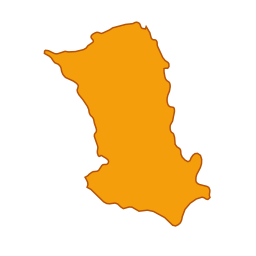 Deux-Sèvres, Albers equal-area conic projection, rotated 352°
{"feature_id": "FRA-5285", "entity_name": "Deux-Sèvres", "entity_type": "Metropolitan department", "adm_level": 1, "iso_a3": "FRA", "parent_name": "France", "parent_adm1": "", "projection": "albers", "projection_center": [-0.346, 46.535], "detail": "fine", "context": "isolated", "style": "filled", "palette": "amber", "viewbox_px": 256, "rotation_deg": 352, "n_neighbors": 0, "source": "natural_earth", "source_scale": "10m", "svg_char_len": 2702}
<svg xmlns="http://www.w3.org/2000/svg" viewBox="0 0 256 256"><g transform="rotate(352 128 128)"><path d="M99.3,200.5L96.4,199.8L93.6,197.7L82.7,183.6L79.2,181.0L80.4,178.6L80.5,176.1L79.7,173.5L78.6,170.8L80.1,170.3L82.1,169.3L82.9,168.5L86.3,166.7L87.6,166.4L91.3,166.5L92.1,166.3L93.1,165.8L96.9,161.5L98.0,160.9L99.1,160.8L100.2,160.9L101.2,161.1L101.9,161.0L102.8,160.6L103.7,159.7L104.1,158.3L103.8,156.9L102.3,155.1L98.0,151.6L97.1,151.5L96.3,152.0L95.5,152.1L94.7,151.2L94.2,148.6L94.4,146.7L95.3,143.9L95.5,142.7L95.4,141.5L93.5,131.7L93.8,129.9L94.6,128.7L95.6,127.9L96.2,126.9L96.5,125.7L96.4,124.0L95.4,118.6L95.2,114.9L94.9,113.6L94.1,112.1L92.6,110.2L91.9,108.3L91.7,106.8L91.7,105.4L91.7,104.2L91.3,102.7L90.8,100.9L87.4,93.8L84.1,88.4L83.0,85.4L82.9,83.3L84.1,80.9L84.5,79.9L84.6,79.0L84.2,78.0L83.1,76.4L80.4,73.9L73.2,69.3L72.1,67.8L71.0,65.9L70.2,62.8L70.0,59.1L69.5,57.5L67.9,55.2L64.6,53.2L63.4,51.3L61.8,47.9L60.1,45.9L55.6,42.5L55.9,41.4L55.9,41.0L56.2,40.2L57.0,39.6L58.8,40.0L60.2,40.5L65.0,43.7L66.2,44.3L67.4,44.6L69.1,44.6L76.3,43.3L79.8,44.4L86.7,45.0L94.7,44.2L97.1,43.3L97.7,43.0L99.8,40.9L105.2,38.2L105.8,37.3L105.7,36.2L104.3,34.0L104.0,32.8L104.4,31.7L105.4,30.7L106.6,30.0L109.1,29.1L110.5,28.9L111.8,29.2L114.7,30.7L116.4,30.4L123.4,28.3L126.7,26.7L140.0,25.1L147.3,25.3L149.7,24.5L151.1,24.4L152.4,24.9L153.9,26.1L154.5,27.8L154.7,29.2L155.2,30.5L155.9,31.3L159.0,32.3L160.1,30.1L162.9,36.8L163.5,42.0L164.3,43.5L165.2,44.1L167.2,44.5L168.1,45.2L168.7,46.7L168.7,48.0L168.5,49.4L168.6,51.1L172.2,63.1L174.1,66.3L176.7,68.7L177.4,70.2L177.1,72.9L175.6,74.4L173.6,74.0L171.9,74.2L171.5,77.3L171.6,82.3L172.0,84.6L173.0,86.4L174.9,88.2L175.5,89.4L175.7,91.1L175.5,93.1L174.2,97.2L172.0,101.0L170.9,103.9L170.4,106.9L170.7,110.0L171.2,111.2L171.9,112.2L172.8,112.9L175.8,113.9L176.5,114.9L176.5,116.7L176.3,118.2L173.1,127.3L170.4,130.9L169.9,132.4L169.6,134.8L169.7,136.1L169.9,137.2L170.4,138.2L171.8,139.5L172.3,140.4L172.8,143.7L172.4,150.6L173.8,153.4L176.2,155.5L176.8,156.6L177.0,157.8L176.8,161.4L177.7,164.5L180.0,167.7L182.7,169.7L184.8,169.0L186.4,166.3L188.5,164.0L190.8,162.7L193.3,162.8L195.9,165.2L196.6,169.3L195.8,173.7L194.1,177.3L189.6,183.6L188.5,186.1L188.0,188.7L187.9,190.1L188.2,191.3L189.3,192.8L190.9,193.9L198.0,196.8L199.7,198.1L200.4,200.8L200.1,202.7L199.5,204.5L199.2,206.3L199.5,208.3L197.1,209.9L195.4,209.2L193.9,207.8L191.7,206.8L185.7,207.8L179.0,211.2L173.1,216.5L169.5,223.2L168.2,226.8L166.6,229.2L164.4,230.7L161.5,231.6L158.7,230.5L151.9,221.8L141.5,214.1L135.9,212.1L127.3,211.9L120.9,206.9L118.0,206.4L112.2,207.2L109.8,205.1L107.2,201.8L104.7,200.5L99.3,200.5Z" fill="#f59e0b" stroke="#b45309" stroke-width="1.5"/></g></svg>